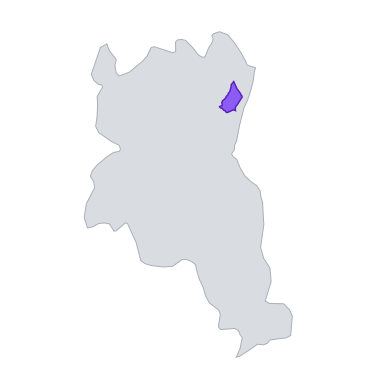 Bled highlighted on a map of Slovenia, rotated 94°
{"feature_id": "SVN-1008", "entity_name": "Bled", "entity_type": "Municipality", "adm_level": 1, "iso_a3": "SVN", "parent_name": "Slovenia", "parent_adm1": "", "projection": "albers", "projection_center": [14.045, 46.372], "detail": "fine", "context": "in_parent", "style": "filled", "palette": "violet", "viewbox_px": 384, "rotation_deg": 94, "n_neighbors": 0, "source": "natural_earth", "source_scale": "10m", "svg_char_len": 2264}
<svg xmlns="http://www.w3.org/2000/svg" viewBox="0 0 384 384"><g transform="rotate(94 192 192)"><path d="M353.8,136.4L344.5,133.0L333.5,131.8L331.5,133.8L327.2,136.0L325.1,139.7L327.2,153.8L324.6,156.3L312.0,155.2L308.0,157.0L301.4,167.0L294.5,171.3L285.7,174.5L279.3,178.2L271.0,181.5L264.0,183.5L261.3,187.9L259.7,192.7L260.2,197.3L267.6,206.2L268.8,215.9L268.2,227.8L266.7,234.1L264.0,238.4L246.3,244.2L227.9,254.2L227.5,256.4L236.1,265.0L236.5,267.1L229.6,272.1L229.0,277.1L229.9,282.8L233.7,288.6L235.1,293.8L224.9,297.8L211.1,296.6L194.6,289.5L188.9,290.6L183.4,294.5L177.7,292.9L171.5,288.4L162.6,279.1L158.2,273.3L156.4,267.2L154.0,266.3L150.4,268.1L147.4,275.6L139.3,289.1L133.3,292.7L124.2,292.0L111.4,292.2L103.5,293.3L93.7,288.6L91.4,289.5L91.4,292.6L87.7,297.5L81.8,300.7L54.1,293.4L50.2,287.3L56.5,284.5L65.2,276.8L71.0,277.7L78.2,276.1L81.4,272.8L76.9,263.0L65.5,250.9L59.4,246.2L51.1,243.1L49.7,239.9L54.4,220.8L53.0,218.1L43.5,218.9L41.3,216.9L40.5,213.6L41.2,209.1L47.6,201.7L54.8,195.2L56.7,191.5L56.5,188.6L47.4,185.6L41.9,182.6L37.6,181.5L34.6,183.2L32.4,181.3L30.2,175.7L32.5,167.4L40.7,159.7L49.5,152.9L57.2,148.0L61.6,145.8L63.7,137.3L68.2,138.2L77.2,138.7L87.3,140.6L96.6,143.0L104.8,146.1L122.1,149.2L137.9,151.1L142.7,152.8L146.5,152.6L151.3,155.2L154.1,153.2L156.2,149.7L164.7,145.6L172.5,140.2L178.0,133.3L181.1,127.9L186.4,124.0L192.2,122.9L197.4,120.9L219.6,118.1L242.5,119.7L253.3,115.8L262.2,109.0L275.2,106.9L275.9,106.8L295.6,111.4L297.0,108.4L297.8,107.1L297.1,92.8L303.1,86.2L308.8,83.3L328.3,83.6L331.0,88.0L332.2,94.7L334.2,103.8L337.5,106.2L339.4,109.7L339.3,116.1L343.2,120.7L352.6,133.1L353.8,136.4Z" fill="#d9dde1" stroke="#a8b0b8" stroke-width="1"/><path d="M82.1,160.3L78.9,158.1L86.1,154.2L89.1,151.5L90.5,150.5L91.7,149.9L92.5,149.0L93.8,148.6L102.1,153.1L103.0,153.9L104.6,154.6L105.1,154.8L107.8,154.3L107.1,156.4L108.8,159.5L109.3,160.4L110.0,161.8L110.3,162.5L110.2,163.3L108.6,164.8L108.3,165.8L107.9,166.4L106.6,167.6L106.1,169.3L105.1,170.5L104.6,170.1L104.0,168.7L103.5,167.9L102.8,167.8L102.2,168.1L101.4,168.4L100.6,168.5L99.1,168.0L98.1,167.1L97.5,166.4L96.9,165.8L95.5,164.8L94.4,164.6L92.8,163.2L90.9,162.5L89.1,161.3L84.2,160.3L82.1,160.3Z" fill="#8b5cf6" stroke="#5b21b6" stroke-width="1.5"/></g></svg>